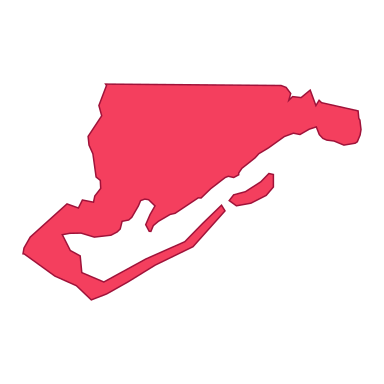 Franklin, United States of America
{"feature_id": "52423323B15178674781049", "entity_name": "Franklin", "entity_type": "district", "adm_level": 2, "iso_a3": "USA", "parent_name": "United States of America", "parent_adm1": "", "projection": "equal_earth", "projection_center": [-84.778, 29.8], "detail": "fine", "context": "isolated", "style": "filled", "palette": "rose", "viewbox_px": 384, "rotation_deg": 0, "n_neighbors": 0, "source": "geoboundaries", "source_scale": "gbopen_adm2", "svg_char_len": 1408}
<svg xmlns="http://www.w3.org/2000/svg" viewBox="0 0 384 384"><path d="M98.9,105.5L101.7,115.8L88.1,136.4L89.0,145.1L92.9,153.8L96.1,177.0L100.3,180.4L100.7,188.4L94.8,196.0L93.5,202.2L82.4,200.0L78.4,208.0L67.0,203.9L30.2,237.1L24.0,248.0L23.0,253.8L24.3,254.0L54.9,276.1L76.4,285.7L91.3,299.9L106.7,293.9L128.0,281.9L155.2,265.1L193.0,246.7L225.0,210.9L221.5,205.2L202.6,223.5L184.8,241.7L145.8,259.0L103.8,282.0L81.8,272.6L80.2,255.9L70.3,250.5L62.3,234.7L69.8,233.3L81.1,233.1L94.3,237.1L111.0,235.2L117.1,232.0L120.2,229.0L122.1,221.3L128.7,220.0L131.8,217.3L138.4,205.9L140.6,200.6L144.8,199.1L148.6,199.7L155.0,205.9L150.1,214.5L145.7,224.7L149.2,231.3L150.9,231.4L153.3,225.6L158.4,221.3L170.2,214.4L175.1,213.3L198.3,197.8L201.1,198.0L210.7,188.7L225.2,177.5L228.3,176.3L233.7,177.5L238.7,174.8L238.7,173.0L241.9,168.3L255.1,157.8L258.8,153.7L268.6,147.8L284.4,136.5L293.4,133.2L300.0,134.5L309.2,129.2L316.3,126.9L319.3,134.6L322.9,138.4L326.8,140.1L334.0,141.0L343.9,145.1L355.2,143.2L357.3,141.8L360.1,135.0L361.0,129.6L359.9,120.1L358.8,118.4L358.1,110.9L321.6,102.7L319.1,100.3L315.9,105.6L310.2,90.1L301.1,97.6L292.6,96.6L288.8,100.3L290.7,93.5L286.1,87.4L281.1,85.5L105.6,84.1L106.5,85.5L98.9,105.5ZM233.7,194.8L229.2,200.6L236.4,205.8L250.9,203.2L266.2,195.4L273.4,187.0L273.4,174.5L268.9,173.5L260.8,181.8L245.4,191.7L233.7,194.8Z" fill="#f43f5e" stroke="#9f1239" stroke-width="1.5"/></svg>